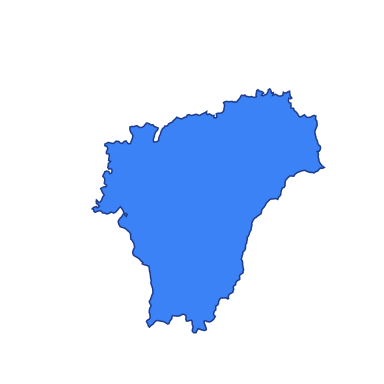 outline of São João del Rei, Minas Gerais, Brazil, rotated 302°
{"feature_id": "56859067B59074018278949", "entity_name": "São João del Rei", "entity_type": "district", "adm_level": 2, "iso_a3": "BRA", "parent_name": "Brazil", "parent_adm1": "Minas Gerais", "projection": "albers", "projection_center": [-44.281, -21.238], "detail": "fine", "context": "isolated", "style": "filled", "palette": "blue", "viewbox_px": 384, "rotation_deg": 302, "n_neighbors": 0, "source": "geoboundaries", "source_scale": "gbopen_adm2", "svg_char_len": 6083}
<svg xmlns="http://www.w3.org/2000/svg" viewBox="0 0 384 384"><g transform="rotate(302 192 192)"><path d="M313.7,193.7L312.1,193.2L310.4,194.0L308.4,194.7L306.9,196.1L305.6,195.2L304.7,193.5L304.5,191.7L302.8,190.3L302.6,188.6L301.7,187.3L302.3,185.4L300.8,184.3L300.3,182.7L298.4,182.7L296.7,182.9L293.7,182.2L291.9,182.2L291.2,180.5L290.1,179.6L290.2,178.2L289.3,177.0L288.0,175.2L287.2,173.3L286.0,172.1L284.5,171.3L283.5,173.0L282.3,173.9L277.8,175.8L275.7,175.6L274.0,174.6L273.0,172.8L271.3,171.1L270.2,172.0L269.3,173.2L267.5,173.1L266.7,171.1L268.6,170.1L267.4,168.4L267.6,166.7L267.4,165.3L265.7,164.2L266.3,162.6L268.0,161.8L266.2,161.0L264.4,159.8L261.1,157.9L260.4,156.7L260.5,155.0L259.3,153.4L257.5,152.0L256.3,150.7L256.1,148.5L254.6,147.2L252.8,147.5L251.7,146.4L250.0,145.3L248.4,144.5L248.1,143.1L247.7,141.8L247.3,139.4L245.4,139.2L242.5,138.3L240.5,138.2L239.1,136.9L237.4,136.1L235.0,136.1L233.5,134.0L231.7,134.1L230.3,133.4L228.8,133.6L227.3,133.6L224.3,134.6L222.5,134.7L219.6,135.5L218.0,136.4L215.9,135.5L214.2,133.2L215.0,132.0L217.0,131.0L219.1,130.6L221.2,129.7L223.9,129.4L226.2,129.9L228.3,129.5L227.6,125.2L228.3,123.3L227.3,121.9L227.2,119.9L227.0,118.3L226.4,116.9L225.0,116.6L222.5,116.4L220.8,115.7L219.4,114.3L219.0,112.6L219.1,110.2L217.8,108.9L216.5,107.9L215.8,106.3L214.3,104.9L212.5,105.9L211.1,107.2L210.1,108.6L209.4,110.6L208.3,112.2L206.2,112.9L202.2,113.7L200.6,114.1L199.5,113.3L199.3,111.9L199.7,110.4L200.4,109.0L199.2,107.9L197.9,107.4L196.2,107.2L195.5,105.3L196.1,103.2L194.9,100.7L193.1,100.2L191.6,99.7L190.8,98.2L189.7,94.7L188.0,93.7L186.7,92.8L185.1,93.4L185.5,96.0L183.8,97.8L181.9,97.9L180.4,98.2L179.2,99.2L180.2,101.2L178.9,102.7L176.4,103.7L174.5,104.6L174.8,106.7L171.8,106.0L169.8,107.0L168.1,107.6L167.3,109.2L168.6,110.6L168.6,112.1L167.2,113.2L165.3,113.7L164.0,112.7L165.2,110.6L164.4,108.3L163.0,107.3L161.4,107.7L159.6,107.7L158.0,108.1L157.5,110.2L156.3,111.6L154.2,112.4L152.7,113.2L152.4,116.2L150.9,116.4L150.0,115.0L148.6,113.8L146.5,112.7L145.4,114.6L143.9,116.8L143.0,119.2L140.5,118.9L137.0,119.6L135.1,119.5L133.6,118.5L134.3,116.9L134.6,115.2L133.2,115.8L131.7,117.0L131.5,118.7L131.0,121.0L129.6,120.6L128.4,120.0L129.0,118.6L126.8,116.7L124.8,116.3L125.0,117.8L123.8,118.8L123.4,120.5L126.4,122.7L127.4,124.0L127.5,125.8L126.9,127.3L127.8,129.0L128.3,131.6L130.1,133.0L132.2,134.2L132.6,136.8L134.4,137.9L137.6,138.5L139.5,138.6L141.6,139.3L139.7,143.5L138.5,144.8L137.8,146.3L136.7,145.4L133.6,145.5L132.0,145.0L128.4,144.8L127.1,145.6L125.8,147.2L124.5,149.6L125.2,152.0L125.6,154.2L125.6,156.1L125.1,158.0L125.0,159.6L124.3,161.3L123.5,162.5L122.2,163.2L119.5,165.2L119.4,166.6L117.6,169.9L116.0,171.5L114.5,172.7L112.4,172.8L109.6,173.6L107.7,175.2L107.3,176.9L107.5,181.1L107.3,182.9L106.4,185.9L106.4,187.6L104.7,187.8L104.9,189.6L105.9,192.9L106.1,194.9L104.8,196.1L102.5,197.8L100.5,199.9L99.3,200.7L98.2,201.7L97.0,202.5L96.1,203.7L94.5,204.7L92.9,205.4L89.3,209.8L87.9,210.9L86.7,211.6L85.6,212.6L84.1,212.5L80.2,213.5L78.1,213.8L76.5,213.7L74.8,216.0L74.1,217.5L70.7,217.9L69.1,218.5L67.3,219.4L66.1,221.0L64.7,222.0L63.5,223.1L61.3,223.1L59.4,221.9L58.0,222.0L57.2,223.6L56.3,225.0L55.3,225.9L54.8,227.5L56.7,227.9L59.7,229.1L61.4,229.1L63.0,229.5L64.6,230.5L67.0,236.6L67.2,238.2L67.1,241.3L68.2,242.2L70.1,241.6L74.0,242.0L75.4,241.1L77.0,241.2L78.8,245.1L79.9,246.6L81.1,247.6L82.9,248.4L83.9,249.8L84.1,252.0L82.5,253.5L80.7,254.2L79.6,255.8L80.8,257.4L81.9,258.2L82.9,259.5L82.2,260.9L80.7,261.6L79.3,262.9L78.0,264.6L75.2,265.3L74.0,266.2L73.6,268.2L74.9,270.0L77.0,269.6L79.4,269.7L80.4,274.0L81.3,276.2L82.9,277.1L84.3,275.9L86.9,272.4L88.5,270.7L89.9,271.1L90.1,273.5L91.1,275.8L92.7,276.9L94.1,277.4L95.5,277.8L98.9,277.7L99.0,276.2L100.1,274.9L101.6,274.3L103.2,274.2L104.7,274.6L107.9,272.6L109.4,273.5L111.3,273.6L113.4,272.5L115.8,272.3L117.7,273.0L119.3,275.7L120.5,277.0L120.1,278.8L121.2,279.5L122.2,278.4L124.0,277.7L125.8,278.2L128.6,279.8L130.2,279.1L131.6,279.0L132.7,277.7L134.5,277.1L136.3,278.1L138.5,277.2L140.1,277.2L141.4,277.8L143.1,278.8L144.8,277.8L145.9,276.7L147.5,276.7L150.5,278.1L151.7,277.4L153.4,277.0L154.8,275.6L157.3,273.3L158.8,272.5L160.3,271.1L161.0,269.4L164.8,268.3L166.7,267.7L168.2,267.0L170.1,267.5L172.2,267.4L175.8,265.3L177.3,265.5L179.0,264.7L181.0,264.0L182.7,262.8L184.4,263.2L189.5,262.1L191.1,262.2L192.5,261.4L194.2,260.9L196.0,260.2L197.2,259.2L201.1,258.7L203.0,259.0L204.7,259.9L206.9,260.5L208.4,261.3L210.2,262.0L211.9,261.5L213.5,260.7L215.4,260.8L217.3,261.1L219.0,261.2L220.8,261.0L223.0,261.0L224.4,261.5L226.1,261.8L227.8,262.6L228.7,263.9L229.8,265.2L231.0,267.0L231.2,268.7L233.2,268.1L234.8,268.6L236.7,268.7L238.9,267.5L240.5,267.0L243.3,266.5L244.7,267.7L246.5,267.6L250.2,265.5L251.9,265.2L255.6,265.9L257.5,266.5L259.4,270.0L260.7,269.9L262.5,270.2L264.2,271.0L265.8,272.2L267.3,273.2L268.4,274.2L270.1,276.0L270.4,278.6L270.8,280.4L271.3,282.0L272.3,283.6L272.8,285.4L274.8,286.2L276.2,287.4L278.6,287.8L280.5,288.4L281.1,290.0L282.9,291.2L283.1,288.5L284.0,286.1L284.9,284.2L285.9,282.9L287.1,282.1L289.0,280.0L290.7,279.5L291.9,278.4L292.7,276.7L293.9,278.2L295.4,278.3L297.3,277.8L298.8,276.5L299.1,274.4L300.2,272.6L301.5,271.5L302.4,270.3L303.0,268.9L304.5,267.8L305.4,266.7L306.8,265.4L308.6,264.0L314.7,262.9L316.6,261.6L318.6,259.9L319.2,258.0L322.0,256.9L321.8,255.1L320.1,253.8L318.8,253.2L317.4,251.8L316.1,249.7L317.1,246.4L314.1,244.8L312.8,244.0L313.0,242.4L314.9,238.5L315.3,235.1L316.8,233.9L316.1,232.6L315.8,231.2L317.5,230.4L319.7,228.8L319.3,226.9L320.5,225.3L322.9,224.5L323.4,226.3L324.6,226.8L325.4,224.6L326.7,223.2L329.2,221.4L327.7,220.2L326.2,219.5L325.1,218.4L325.0,216.6L323.6,217.1L322.4,217.7L320.7,216.8L319.4,215.0L319.2,211.2L318.4,210.1L316.7,209.1L319.4,208.3L318.1,206.9L319.8,205.2L320.7,203.3L318.9,202.6L317.2,203.4L315.8,203.3L314.4,203.5L313.1,202.4L311.2,201.2L310.8,199.7L312.4,199.7L313.9,200.3L314.2,198.2L313.3,195.7L313.7,193.7ZM137.8,146.3L138.8,147.2L138.7,149.0L136.4,149.1L136.9,147.5L137.8,146.3Z" fill="#3b82f6" stroke="#1e3a8a" stroke-width="1.5"/></g></svg>